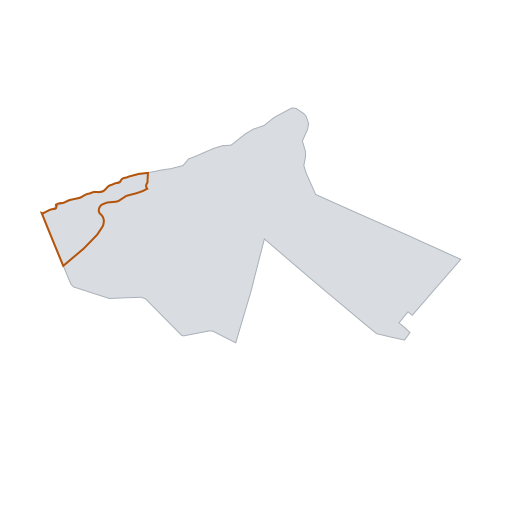 location of Aqaba within Jordan, rotated 58°
{"feature_id": "JOR-849", "entity_name": "Aqaba", "entity_type": "Province", "adm_level": 1, "iso_a3": "JOR", "parent_name": "Jordan", "parent_adm1": "", "projection": "albers", "projection_center": [35.24, 29.976], "detail": "fine", "context": "in_parent", "style": "outline", "palette": "amber", "viewbox_px": 512, "rotation_deg": 58, "n_neighbors": 0, "source": "natural_earth", "source_scale": "10m", "svg_char_len": 2457}
<svg xmlns="http://www.w3.org/2000/svg" viewBox="0 0 512 512"><g transform="rotate(58 256 256)"><path d="M164.2,139.5L171.6,141.2L175.8,145.0L183.0,155.7L194.0,158.8L198.5,161.8L204.6,167.5L212.0,169.5L235.4,172.8L253.8,160.5L269.4,150.0L287.0,138.1L298.9,130.0L319.2,116.1L332.6,107.3L350.1,95.6L367.4,84.1L372.8,101.9L378.1,119.3L383.7,137.4L389.1,154.9L383.9,156.7L388.5,170.2L395.2,167.9L402.5,166.0L406.0,174.6L396.1,184.7L386.2,194.5L383.8,195.6L370.7,200.0L343.6,208.8L325.5,214.7L302.3,222.2L283.0,228.3L263.8,234.3L246.0,239.9L256.4,250.8L272.3,267.5L283.0,278.6L295.6,292.9L306.9,305.7L318.9,319.2L310.8,324.1L297.4,332.1L296.0,333.5L294.9,334.9L289.6,348.8L285.4,359.7L283.9,361.1L264.9,365.4L245.8,369.7L233.7,372.4L230.1,375.3L222.3,388.8L214.3,402.9L200.7,414.4L185.6,427.1L181.8,427.9L170.8,426.1L151.9,422.8L133.7,419.7L121.3,417.5L106.1,414.8L108.4,404.2L107.8,398.4L111.4,379.5L113.5,370.6L114.6,364.0L119.7,350.7L119.1,346.3L120.2,330.9L119.7,327.9L122.0,319.5L126.4,307.4L130.7,296.9L132.3,292.2L136.7,282.2L140.6,270.0L138.5,263.3L137.9,262.0L139.4,254.3L141.3,241.7L142.3,235.0L144.7,226.0L148.8,218.4L146.8,200.6L147.0,191.0L149.6,180.0L148.1,167.2L149.3,148.9L149.5,147.2L151.0,145.0L152.1,143.8L160.6,140.0L164.2,139.5Z" fill="#d9dde1" stroke="#a8b0b8" stroke-width="1"/><path d="M106.5,398.1L106.8,395.9L107.3,394.1L108.3,392.6L109.0,390.5L109.4,386.0L109.9,383.9L113.2,375.0L113.5,373.4L113.6,368.4L114.1,365.7L114.4,365.0L114.7,364.3L115.0,363.6L115.0,362.6L115.8,359.4L118.9,354.9L120.0,352.2L120.0,349.6L118.6,344.6L118.6,342.3L119.1,340.9L119.8,336.6L120.2,335.6L120.7,334.8L121.0,333.9L121.2,332.8L121.0,331.6L120.0,330.0L119.7,329.1L119.7,327.2L120.9,323.9L121.2,321.9L124.2,312.0L128.3,303.6L129.4,304.4L134.2,307.8L135.3,308.4L136.2,309.2L137.0,310.7L137.9,311.8L138.9,312.3L139.7,312.6L141.3,312.6L140.9,317.7L139.4,324.2L136.3,334.1L136.5,343.3L135.9,345.7L131.8,353.8L131.0,357.9L130.8,360.0L131.2,361.5L131.5,362.3L132.1,363.3L132.7,364.1L133.6,364.9L134.6,365.5L135.7,365.9L136.9,365.9L137.9,365.8L138.8,365.4L139.7,365.3L141.5,365.2L143.6,365.6L145.0,366.1L146.3,366.9L147.7,368.1L149.0,369.4L150.0,371.1L153.8,379.5L158.4,398.2L162.1,424.0L162.2,424.7L153.8,423.3L143.3,421.5L133.4,419.8L122.3,417.9L113.9,416.4L106.0,415.0L107.0,414.3L107.5,406.9L108.0,404.8L109.5,401.4L109.4,400.1L108.0,398.7L107.0,398.7L107.0,398.4L107.0,398.2L106.9,398.1L106.5,398.1Z" fill="none" stroke="#b45309" stroke-width="2"/></g></svg>